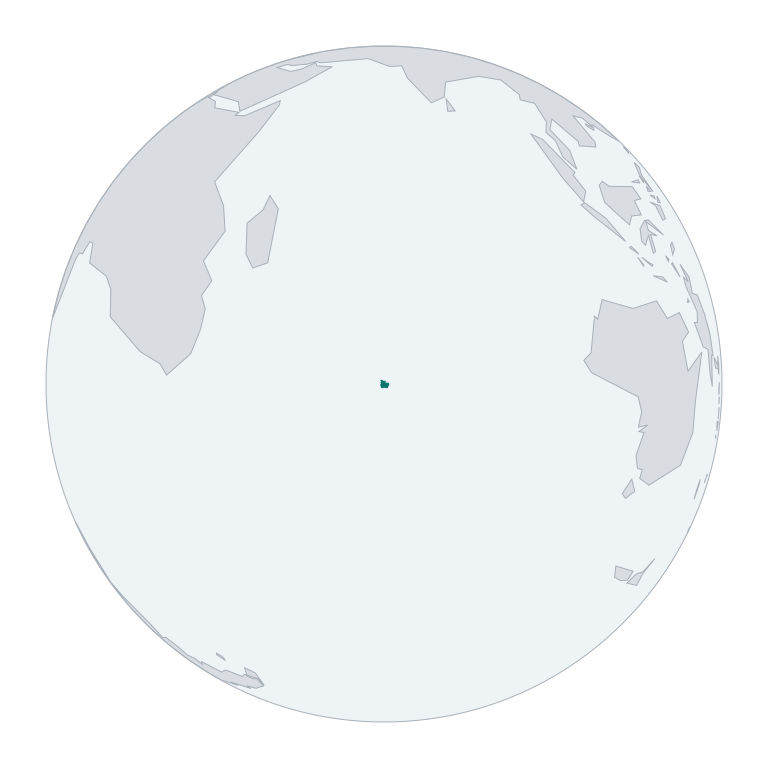 the Earth from above Archipel des Kerguelen
{"feature_id": "ATF-5916", "entity_name": "Archipel des Kerguelen", "entity_type": "state/province", "adm_level": 1, "iso_a3": "ATF", "parent_name": "French Southern and Antarctic Lands", "parent_adm1": "", "projection": "orthographic", "projection_center": [69.4, -49.144], "detail": "fine", "context": "on_globe", "style": "filled", "palette": "teal", "viewbox_px": 768, "rotation_deg": 0, "n_neighbors": 0, "source": "natural_earth", "source_scale": "10m", "svg_char_len": 8871}
<svg xmlns="http://www.w3.org/2000/svg" viewBox="0 0 768 768"><circle cx="384" cy="384" r="338" fill="#eef3f6" stroke="#a8b0b8"/><path d="M75.5,521.8L90.1,549.0L111.0,582.5L122.9,596.3L150.7,624.4L162.5,637.4L165.9,637.4L178.0,646.8L187.6,655.1L195.0,658.5L202.3,664.3L201.6,661.6L221.7,672.1L225.6,670.0L242.4,676.4L244.7,674.2L248.0,676.6L253.6,678.8L256.9,678.7L263.4,685.9L256.0,688.3L246.8,685.8L251.1,688.5L230.7,682.0L238.3,685.5L221.9,680.2L210.2,673.8L188.6,659.7L168.1,644.0L149.0,626.8L131.1,608.2L114.8,588.2L100.0,567.1L86.9,545.0L75.5,521.8ZM255.2,672.9L264.2,685.2L257.9,678.7L246.9,675.0L244.6,667.8L255.2,672.9ZM225.5,660.6L216.7,654.7L216.5,653.1L222.6,656.8L225.5,660.6ZM184.6,111.2L195.7,103.7L215.2,92.1L232.1,82.1L254.4,71.9L277.4,63.3L301.0,56.4L325.0,51.3L349.4,47.9L373.9,46.2L398.4,46.4L422.9,48.3L447.2,52.0L471.2,57.5L494.7,64.7L517.6,73.6L539.8,84.1L561.1,96.2L581.6,109.9L601.0,124.9L619.2,141.4L610.0,136.2L592.0,124.8L592.1,126.4L582.1,118.0L573.1,115.9L595.0,142.1L595.8,147.0L579.2,145.9L578.1,141.4L551.8,119.0L549.9,129.6L569.9,150.7L576.9,169.3L562.8,156.8L555.4,140.7L546.0,132.4L546.4,121.8L534.6,103.3L520.2,99.9L519.3,94.7L500.8,80.0L478.9,76.3L445.6,82.1L444.3,97.0L431.4,102.8L407.4,78.0L401.7,65.8L389.9,66.5L367.9,58.6L320.7,62.8L316.8,61.5L307.3,64.1L292.3,65.6L287.5,64.4L277.1,67.5L290.6,71.5L302.1,68.8L315.7,62.7L317.0,65.8L331.9,66.9L305.2,81.8L239.9,111.3L238.4,101.7L213.9,94.7L217.4,91.9L217.5,91.8L217.5,91.6L210.3,97.1L207.7,96.9L215.5,101.4L214.7,107.8L238.9,112.4L235.4,115.4L244.7,115.7L280.3,100.6L279.4,104.8L259.6,130.8L214.6,181.9L223.5,205.5L225.1,231.2L203.4,260.9L211.8,280.8L201.5,295.6L205.2,308.9L200.6,329.1L190.6,353.9L166.6,375.0L159.9,363.7L140.0,351.5L110.2,316.8L110.8,289.5L106.4,276.2L89.6,262.9L92.9,243.0L89.8,241.7L82.4,253.9L79.4,252.8L75.5,259.4L55.2,311.5L52.5,318.4L52.6,318.1L58.4,293.7L66.0,269.7L75.3,246.4L86.4,223.9L99.1,202.2L113.4,181.6L129.2,162.0L146.4,143.7L164.9,126.7L184.6,111.2ZM292.9,58.6L291.6,59.0L312.2,54.2L311.7,53.9L292.9,58.6ZM222.7,87.0L218.8,89.2L218.2,89.5L222.7,87.0ZM382.2,380.9L387.4,387.4L381.5,387.7L382.2,380.9ZM278.3,208.8L267.7,262.8L252.8,268.0L246.0,254.4L247.1,223.2L263.1,209.9L269.9,195.5L278.3,208.8ZM637.6,257.2L644.0,265.1L643.6,266.1L637.6,257.2ZM631.2,246.3L638.9,254.1L629.4,247.7L631.2,246.3ZM641.8,257.3L649.6,263.0L652.9,264.6L652.1,266.4L641.8,257.3ZM625.7,241.5L594.2,216.7L581.0,205.0L584.7,202.7L605.9,218.3L625.7,241.5ZM583.6,201.9L562.9,178.3L530.9,134.0L542.4,139.2L575.1,172.8L573.1,175.0L585.7,191.2L583.6,201.9ZM631.7,216.0L629.5,224.8L612.6,209.8L604.6,202.2L599.2,185.3L602.3,181.3L609.0,186.3L632.2,186.7L640.9,198.9L634.4,200.5L641.3,214.9L631.7,216.0ZM446.1,98.9L455.2,110.9L447.8,111.4L446.1,98.9ZM639.6,183.0L631.6,181.9L638.2,179.7L639.6,183.0ZM642.2,178.9L643.8,183.0L639.1,175.8L642.2,178.9ZM593.8,130.3L586.8,126.2L585.6,123.9L593.8,128.0L593.8,130.3ZM625.1,147.6L628.7,152.6L628.7,153.2L623.7,147.3L625.1,147.6ZM633.0,571.3L627.6,580.1L620.8,580.7L614.6,577.4L615.9,566.0L633.0,571.3ZM622.3,493.5L631.8,479.1L634.7,491.4L625.4,498.3L622.3,493.5ZM636.5,573.8L643.0,571.8L654.8,558.6L642.8,573.6L636.6,585.4L626.8,583.1L636.5,573.8ZM638.2,396.9L591.6,372.7L583.8,360.4L591.1,352.7L594.5,316.1L597.6,319.4L602.2,299.6L632.9,308.5L656.5,300.8L667.3,318.5L679.3,312.6L688.6,332.1L682.4,341.2L688.0,371.2L701.8,352.0L695.4,401.4L692.8,432.6L680.5,465.2L648.8,485.2L639.7,478.3L642.3,469.7L637.4,468.3L636.1,455.4L644.0,432.6L638.8,431.5L647.8,425.1L638.4,427.1L641.7,411.7L638.2,396.9ZM700.3,479.4L699.1,484.7L694.1,499.2L696.3,490.8L700.3,479.4ZM690.2,526.5L687.3,532.5L689.4,527.9L690.2,526.5ZM688.1,531.4L689.8,527.8L688.9,529.6L688.1,531.4ZM706.0,478.0L704.5,482.7L704.6,481.7L706.0,478.0ZM706.7,475.4L707.6,474.1L706.2,477.6L706.7,475.4ZM715.6,435.6L715.9,436.1L715.5,438.7L715.6,435.6ZM653.2,275.7L662.9,277.0L667.3,282.1L653.2,275.7ZM716.8,428.3L717.1,422.1L717.5,420.8L716.8,428.3ZM717.7,424.4L718.3,421.2L716.8,430.9L717.7,424.4ZM719.1,407.6L718.2,419.1L719.0,407.3L719.1,407.6ZM719.0,404.0L719.1,397.2L719.3,396.7L719.0,404.0ZM711.7,355.2L712.3,386.6L710.0,372.8L708.0,349.3L703.3,347.0L694.4,322.5L697.5,322.4L697.1,311.6L685.9,286.4L683.6,277.4L688.3,281.8L679.9,264.2L689.2,277.3L692.3,293.4L697.3,295.0L704.3,313.4L709.9,333.7L713.0,355.7L711.7,355.2ZM687.8,299.1L689.3,301.9L687.6,302.5L687.8,299.1ZM719.3,382.1L719.1,394.2L718.9,394.7L718.8,390.4L719.3,382.1ZM714.0,357.3L717.9,365.2L718.4,369.3L715.6,367.9L714.0,357.3ZM717.6,355.8L718.7,364.7L718.9,373.6L718.5,373.2L717.6,355.8ZM668.9,259.3L668.3,261.5L665.6,255.7L668.9,259.3ZM672.5,262.5L680.1,276.9L671.6,263.8L672.5,262.5ZM645.8,221.5L648.5,230.5L657.2,235.9L650.5,234.5L655.7,251.5L653.4,253.4L648.4,235.4L645.5,245.3L641.6,241.0L640.1,228.6L644.5,220.6L648.3,219.8L663.5,235.1L645.8,221.5ZM672.7,254.7L670.5,244.7L672.0,242.3L674.5,249.1L672.7,254.7ZM662.8,220.2L655.6,205.8L650.1,202.0L660.1,205.7L665.6,218.7L662.8,220.2ZM655.0,198.8L649.9,195.0L654.4,196.0L655.0,198.8ZM648.0,191.3L646.3,186.1L650.9,191.5L648.0,191.3ZM657.8,202.2L656.9,195.9L660.2,202.8L657.8,202.2ZM641.4,174.8L653.1,191.8L639.8,175.7L634.1,162.3L639.4,167.5L641.4,174.8Z" fill="#d9dde1" stroke="#a8b0b8" stroke-width="1"/><path d="M388.4,384.3L388.5,384.5L388.4,384.8L388.3,385.0L388.1,385.3L387.8,385.2L387.7,385.2L387.6,385.3L387.8,385.6L388.1,385.8L387.7,385.7L387.4,385.8L387.2,385.3L386.8,385.2L386.7,385.2L386.5,385.3L386.4,385.3L386.2,385.2L385.9,385.2L385.6,385.2L385.8,385.3L386.0,385.5L385.9,385.5L386.0,385.6L385.9,385.8L385.8,385.6L385.7,385.5L385.6,385.8L385.4,385.6L385.1,385.5L385.3,385.8L385.5,386.0L385.6,386.3L385.9,386.5L386.2,386.5L386.5,386.7L386.8,386.8L386.5,386.5L386.5,386.2L386.8,386.1L387.0,386.2L387.1,386.3L387.4,386.3L387.5,386.6L387.3,386.8L386.9,386.8L387.2,386.9L387.3,387.0L387.2,387.2L386.9,387.2L386.8,387.4L386.5,387.4L386.3,387.3L386.0,387.3L385.7,387.2L385.6,386.9L385.5,386.7L385.4,386.2L385.1,386.1L385.2,386.3L385.0,386.2L384.9,386.1L385.0,386.4L385.2,386.6L385.2,386.9L385.0,387.1L384.9,387.0L384.7,386.9L384.3,386.9L384.1,386.7L383.9,386.5L383.7,386.5L383.5,386.2L383.3,386.0L383.2,386.1L383.3,386.2L383.2,386.2L383.3,386.4L383.4,386.5L383.2,386.4L383.0,386.2L383.1,386.3L383.1,386.5L383.0,386.8L382.9,386.7L382.8,386.3L382.7,386.6L382.9,387.0L382.7,387.2L382.6,387.3L382.4,387.4L382.2,387.4L381.8,387.4L381.7,387.3L381.6,387.1L381.6,386.9L381.6,386.7L381.8,386.3L381.9,386.2L381.9,385.9L382.1,385.7L382.0,385.3L381.9,385.3L381.7,385.3L381.9,385.1L382.2,385.1L382.2,384.9L381.8,384.9L381.7,384.8L381.8,384.8L381.7,384.6L381.6,384.4L381.6,384.2L381.6,384.3L381.9,384.2L382.2,384.0L381.9,384.0L381.7,383.9L381.8,383.9L381.7,383.8L381.6,383.7L381.5,383.4L381.8,383.5L381.7,383.3L381.7,383.0L381.9,383.0L382.1,383.0L382.0,382.8L381.9,382.7L381.7,382.4L381.7,382.2L381.9,382.1L382.0,382.1L382.1,381.9L382.2,381.6L382.2,381.4L382.3,381.2L382.5,381.1L382.8,381.3L382.7,381.5L382.9,381.5L382.4,382.0L382.1,382.5L382.2,382.4L382.3,382.4L382.3,382.2L382.5,382.2L382.5,382.3L382.7,381.9L383.0,381.7L383.2,381.8L382.9,382.0L383.0,382.2L383.0,382.4L382.8,382.6L382.7,382.8L382.8,382.7L382.8,383.0L382.5,383.2L382.5,383.4L382.5,383.7L382.7,383.8L382.7,383.4L382.9,383.1L383.0,383.2L383.1,383.4L383.1,383.6L383.1,383.8L383.3,383.9L383.8,383.6L384.1,383.2L384.2,383.3L384.2,383.6L384.3,383.6L384.5,383.1L384.7,382.9L384.7,383.0L384.8,383.2L384.7,383.3L384.8,383.4L385.0,383.5L384.9,383.6L384.7,383.7L384.9,383.7L384.9,383.9L384.7,383.9L384.5,384.0L384.4,383.9L384.0,383.8L383.8,384.0L383.7,384.1L383.6,384.3L383.7,384.2L383.8,384.2L384.1,384.0L384.3,384.0L384.1,384.1L383.9,384.2L384.2,384.3L384.3,384.4L384.4,384.6L384.5,384.6L384.3,384.6L384.0,384.8L384.4,384.7L384.7,384.7L385.0,384.6L385.3,384.6L385.0,384.8L384.7,384.9L385.0,385.0L385.3,384.8L385.5,384.7L385.5,384.8L385.7,384.7L385.8,384.6L385.7,384.4L385.8,384.4L386.0,384.2L386.3,384.0L386.7,383.9L386.9,384.0L387.1,384.1L387.2,383.9L387.4,383.6L387.6,383.5L387.9,383.5L388.2,383.6L388.3,383.7L388.4,384.0L388.4,384.3ZM383.2,383.1L383.3,383.0L383.3,382.9L383.5,382.7L383.8,382.5L383.7,382.7L383.7,382.8L384.0,382.7L384.0,382.8L383.9,383.0L383.7,383.1L383.7,383.3L383.7,383.5L383.3,383.7L383.2,383.7L383.2,383.4L383.2,383.1L383.2,383.1ZM383.3,382.3L383.4,382.5L383.2,382.8L383.1,383.0L383.0,382.8L383.1,382.6L383.1,382.4L383.3,382.3ZM381.7,385.2L381.6,385.3L381.3,385.3L381.2,385.2L381.3,385.0L381.5,385.1L381.7,385.2ZM386.1,386.4L385.9,386.3L385.9,386.2L385.7,386.2L385.8,386.1L386.0,386.1L386.2,386.3L386.3,386.4L386.4,386.5L386.1,386.4ZM384.7,384.3L384.9,384.1L385.1,384.0L384.9,384.3L384.7,384.3ZM384.3,382.5L384.2,382.4L384.0,382.1L384.3,382.3L384.5,382.3L384.4,382.4L384.3,382.5L384.3,382.5ZM381.7,380.8L381.6,380.7L381.8,380.7L381.8,380.8L381.7,380.8ZM381.2,380.9L381.2,381.0L380.9,381.0L381.0,381.0L381.1,380.9L381.2,380.9Z" fill="#14b8a6" stroke="#0f766e" stroke-width="1.5"/></svg>